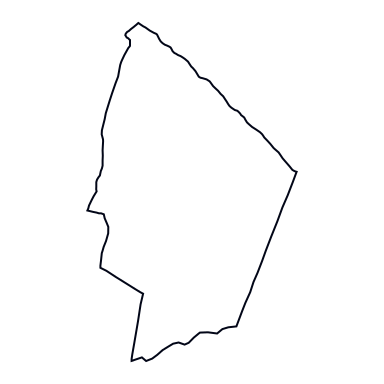 Ali Al-Gharbi, Maysan, Iraq
{"feature_id": "34846034B45052357299579", "entity_name": "Ali Al-Gharbi", "entity_type": "district", "adm_level": 2, "iso_a3": "IRQ", "parent_name": "Iraq", "parent_adm1": "Maysan", "projection": "equal_earth", "projection_center": [46.697, 32.421], "detail": "fine", "context": "isolated", "style": "outline", "palette": "ink", "viewbox_px": 384, "rotation_deg": 0, "n_neighbors": 0, "source": "geoboundaries", "source_scale": "gbopen_adm2", "svg_char_len": 2345}
<svg xmlns="http://www.w3.org/2000/svg" viewBox="0 0 384 384"><path d="M296.6,171.8L296.2,171.7L294.5,171.1L292.4,169.9L289.6,166.4L285.0,161.1L282.6,158.3L280.4,155.0L278.6,152.4L274.8,149.1L273.5,147.9L270.4,144.0L267.1,140.4L264.3,137.5L263.1,135.6L262.1,134.2L260.0,132.2L256.2,129.6L252.0,126.9L248.8,124.1L247.0,122.4L245.4,119.8L244.2,117.5L242.7,116.3L241.1,115.1L240.2,113.6L238.9,112.2L237.4,110.8L234.8,110.0L231.4,107.7L229.6,106.1L228.7,104.9L227.8,103.5L226.8,101.8L225.2,99.4L223.2,96.3L220.6,93.9L218.1,90.8L215.7,88.6L213.1,86.1L210.6,82.6L209.7,81.4L208.8,80.8L206.6,79.4L202.6,78.2L200.4,77.7L198.8,76.7L197.6,74.7L195.5,71.2L192.9,68.1L191.2,66.5L189.6,64.1L188.0,61.6L184.7,58.8L182.8,57.5L180.6,56.1L178.1,55.1L175.9,53.7L174.4,53.0L172.6,51.2L171.6,49.2L170.6,47.5L169.4,46.7L167.3,45.7L164.8,44.7L162.6,43.2L160.7,41.4L159.1,38.8L157.9,36.3L157.0,34.5L156.1,33.8L153.8,32.8L149.8,30.6L145.5,27.5L143.2,26.3L138.3,23.0L136.2,24.9L134.7,26.1L133.9,26.8L130.9,29.1L128.8,31.0L127.2,31.9L126.2,33.1L125.7,33.8L125.3,35.2L126.0,36.3L126.7,37.5L128.1,38.2L129.5,39.6L130.0,40.0L130.0,43.1L130.0,45.4L129.9,46.1L128.3,48.0L124.4,55.0L122.0,60.1L121.1,62.2L120.2,65.0L119.1,71.0L118.1,76.6L115.6,83.1L112.1,93.2L109.7,100.6L105.8,113.2L104.7,119.1L101.9,130.3L101.7,134.4L102.4,137.0L103.0,139.3L103.1,141.2L102.6,150.3L102.8,155.7L102.6,160.3L102.6,165.7L101.9,168.5L100.8,171.1L99.9,175.5L98.4,177.4L97.0,179.7L96.3,182.1L96.3,182.8L96.3,186.7L96.2,189.3L96.6,191.4L95.2,193.7L93.6,196.3L91.9,199.6L91.2,201.0L89.0,205.6L88.3,208.4L87.4,210.5L93.1,211.9L96.6,212.6L98.9,213.3L101.0,213.3L103.8,214.3L104.7,218.3L106.8,223.2L108.3,226.9L108.2,233.4L106.0,241.1L103.7,246.8L102.5,251.0L101.8,253.1L101.1,259.8L100.4,265.7L100.4,267.8L106.4,270.8L116.0,277.1L127.4,284.2L135.2,289.1L140.1,292.1L143.1,293.7L140.6,304.3L138.0,321.3L134.3,342.9L132.3,354.3L131.6,359.0L131.6,360.9L135.7,359.5L141.9,357.4L146.1,361.0L152.2,358.6L157.3,354.8L162.6,350.1L168.3,346.6L173.1,343.7L178.6,342.5L184.6,344.6L188.7,342.8L193.8,337.6L198.5,333.7L199.9,332.6L207.9,332.3L217.1,333.5L222.4,329.1L228.3,327.3L236.4,326.4L238.8,320.0L242.1,311.2L245.4,302.8L250.2,292.2L253.5,282.0L257.5,272.9L262.1,261.0L265.8,250.7L271.3,236.4L277.4,221.2L282.4,207.5L287.7,195.3L292.9,181.8L296.6,171.8Z" fill="none" stroke="#020617" stroke-width="2"/></svg>